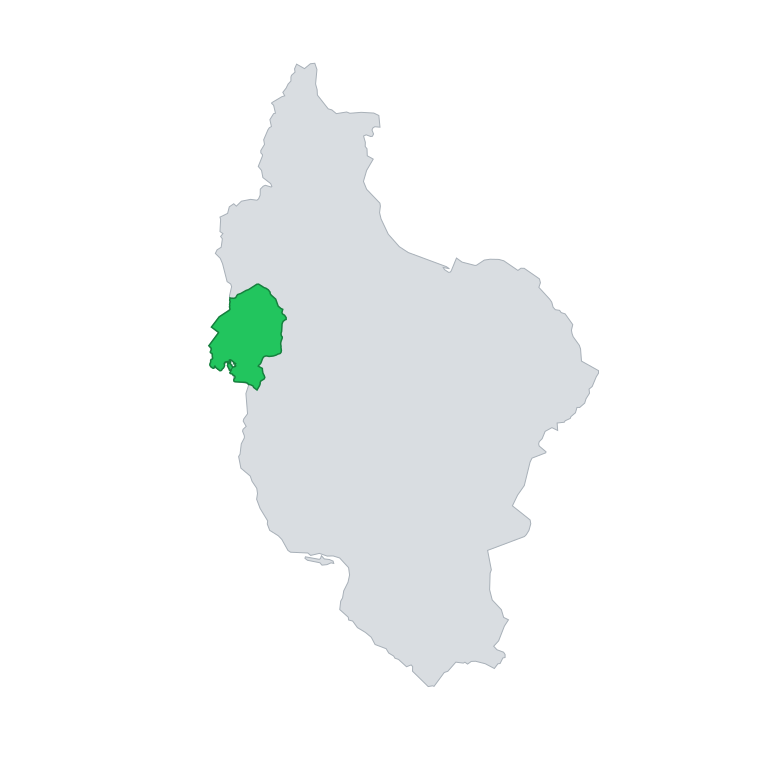 location of Khuzestan within Iran, rotated 36°
{"feature_id": "IRN-3219", "entity_name": "Khuzestan", "entity_type": "Province", "adm_level": 1, "iso_a3": "IRN", "parent_name": "Iran", "parent_adm1": "", "projection": "albers", "projection_center": [48.994, 31.501], "detail": "fine", "context": "in_parent", "style": "filled", "palette": "green", "viewbox_px": 768, "rotation_deg": 36, "n_neighbors": 0, "source": "natural_earth", "source_scale": "10m", "svg_char_len": 7265}
<svg xmlns="http://www.w3.org/2000/svg" viewBox="0 0 768 768"><g transform="rotate(36 384 384)"><path d="M368.6,239.5L375.5,239.5L387.9,234.6L389.0,233.6L392.3,224.8L396.5,220.7L403.7,215.7L408.5,213.9L425.6,213.4L426.7,209.9L429.4,208.0L448.0,207.6L451.0,210.1L452.5,214.8L468.3,218.0L471.6,219.2L475.7,222.5L478.9,223.2L482.8,221.2L485.3,222.1L489.3,220.8L501.8,225.0L504.0,230.3L506.4,232.6L509.3,234.6L519.3,237.9L522.4,240.1L530.3,249.4L549.7,247.1L551.2,249.2L551.5,253.5L553.9,263.6L552.9,267.6L555.7,270.7L556.1,277.1L557.6,281.5L556.1,288.0L553.9,289.5L555.8,294.8L554.4,300.4L554.9,302.4L552.2,307.2L552.3,309.0L547.0,313.8L551.8,319.5L545.5,320.6L542.2,327.6L544.1,335.3L543.5,339.4L544.3,341.6L546.1,343.0L554.9,343.6L555.3,344.6L547.3,357.0L548.1,361.4L557.2,383.7L557.4,395.4L559.5,407.1L582.1,408.1L584.9,410.8L587.3,417.2L587.7,422.2L587.3,424.8L565.6,457.7L580.1,471.3L581.0,474.6L590.4,488.4L598.5,495.1L611.6,497.6L618.0,502.5L623.3,501.6L623.7,509.1L627.7,524.4L626.9,531.7L631.6,532.6L638.4,530.7L641.0,531.7L642.7,534.1L641.2,535.8L642.2,541.9L640.6,543.4L640.5,549.3L630.3,550.8L621.0,554.5L617.7,557.1L616.2,561.5L613.0,561.5L612.2,563.2L605.6,566.8L604.5,578.9L602.3,582.0L602.2,599.2L600.7,599.6L597.6,602.8L575.9,599.6L573.3,595.8L571.1,595.3L568.4,599.5L557.6,598.3L554.0,599.4L551.7,598.4L546.0,598.9L541.3,596.9L529.9,600.0L522.6,596.4L514.9,595.9L505.7,596.7L498.0,594.2L494.1,595.7L492.2,593.7L480.8,592.5L476.6,585.1L476.2,581.4L473.0,575.0L471.4,565.5L468.4,558.7L463.3,553.4L450.4,550.8L443.9,553.0L439.2,556.6L431.3,559.0L425.4,565.8L421.7,565.5L407.3,575.0L404.1,575.1L392.7,569.8L387.7,568.9L377.6,569.6L371.9,565.9L370.3,563.1L356.9,557.5L348.7,552.1L346.0,546.9L342.4,543.2L334.5,540.3L329.9,537.1L317.7,536.2L309.0,528.1L308.8,525.4L303.7,516.3L302.7,509.7L301.5,508.0L297.3,505.3L296.6,503.5L297.4,499.3L291.9,496.8L291.1,494.8L291.1,488.3L277.9,472.9L275.1,464.3L272.8,464.0L261.3,469.7L257.9,466.5L247.8,461.0L246.4,459.0L248.9,457.9L251.4,458.9L252.9,457.7L252.3,455.9L249.8,454.7L246.4,454.8L247.3,456.6L244.1,458.2L243.4,460.4L244.1,466.8L242.8,468.7L237.4,469.7L234.1,471.7L231.1,469.4L230.2,464.7L228.3,461.7L225.5,460.5L223.4,457.5L219.9,456.0L219.9,439.7L211.1,439.2L211.2,426.8L215.3,414.5L207.1,403.3L203.5,394.8L201.2,393.2L196.9,393.4L182.7,381.6L177.7,378.6L170.8,377.5L170.1,373.5L171.9,369.1L168.8,363.2L167.8,361.5L165.1,360.7L165.3,357.0L161.7,357.1L155.1,346.9L153.2,345.4L157.2,337.9L154.7,331.6L156.5,326.5L160.0,326.9L161.2,319.9L167.6,313.0L173.2,310.0L173.7,307.9L172.8,304.0L169.4,299.1L170.0,295.0L171.2,293.0L176.9,291.0L177.2,290.1L174.6,288.5L164.7,288.2L159.4,283.2L154.4,281.9L151.7,271.2L150.9,269.9L148.5,269.4L147.1,267.5L146.5,260.4L143.1,257.1L140.7,246.6L140.6,244.1L141.6,241.9L136.3,237.2L135.8,230.2L137.0,228.7L130.9,223.4L128.1,223.0L127.9,222.2L132.5,211.6L134.3,209.2L130.7,207.5L130.9,202.2L130.1,197.7L130.6,193.6L128.3,190.4L127.7,188.6L128.7,184.0L126.4,181.6L125.3,176.6L134.3,175.6L136.2,168.2L139.5,165.2L144.9,169.0L152.3,181.5L156.9,185.2L160.3,189.4L177.1,194.2L180.7,192.9L186.5,193.3L193.9,185.9L197.3,185.0L205.9,177.6L216.5,170.8L222.0,169.8L229.8,178.6L225.3,181.3L224.5,183.5L225.0,185.6L228.6,187.9L229.0,190.4L227.8,191.6L223.1,192.9L221.7,195.4L226.8,199.4L229.2,202.9L232.0,203.7L236.3,209.2L243.1,208.4L244.4,221.4L248.3,232.2L255.5,236.7L274.4,240.1L276.5,242.2L279.7,248.0L284.6,252.2L299.4,260.3L315.6,263.9L326.3,263.4L365.5,252.4L369.2,252.3L363.4,254.9L365.7,255.9L370.7,255.7L371.8,254.6L371.9,253.0L368.6,239.5ZM446.3,559.8L444.0,563.7L440.3,567.0L437.2,566.3L425.7,571.6L422.5,571.5L422.0,570.0L434.7,563.9L435.2,562.5L434.3,559.7L438.5,560.6L443.0,558.1L446.9,557.2L448.8,558.7L446.3,559.8Z" fill="#d9dde1" stroke="#a8b0b8" stroke-width="1"/><path d="M225.4,460.6L225.1,460.6L224.8,460.4L224.6,460.2L224.5,459.9L224.3,458.5L224.0,457.8L223.7,457.2L223.2,456.7L222.7,456.5L219.8,456.0L219.8,455.1L220.0,440.1L219.9,439.7L219.6,439.5L210.9,439.4L211.1,431.9L211.2,426.5L215.4,415.6L215.5,414.9L215.5,414.2L215.1,413.6L214.1,412.8L213.6,412.4L213.6,412.1L213.4,411.6L213.3,411.3L213.1,411.1L212.6,410.8L212.4,410.5L211.5,408.8L211.4,408.3L211.1,407.7L210.2,407.2L209.8,406.8L209.2,405.4L208.8,404.8L209.6,404.6L212.3,402.8L213.3,401.3L213.0,399.3L213.0,397.7L214.9,395.0L217.4,389.4L218.9,387.3L222.5,378.0L223.9,376.9L230.4,376.5L232.2,375.9L235.0,375.8L237.7,376.6L239.0,377.9L240.7,378.4L246.5,379.0L252.6,383.2L256.2,383.5L258.2,383.1L259.4,386.2L260.9,387.0L263.1,386.8L265.8,387.8L266.9,389.3L266.3,390.1L265.6,392.5L265.7,393.4L266.2,395.3L270.2,401.5L271.0,403.6L271.7,404.5L272.3,404.9L272.7,405.4L274.0,405.7L274.4,406.2L274.8,407.0L275.5,409.6L276.3,411.5L277.2,412.7L278.5,413.9L279.0,414.8L281.3,417.2L282.1,418.9L282.0,420.4L280.6,422.2L279.7,424.1L277.9,426.5L274.8,429.3L272.7,430.2L271.8,430.9L271.2,431.8L270.7,432.9L270.8,434.7L272.0,439.1L272.1,440.3L272.0,440.8L271.9,441.7L271.6,442.7L271.8,443.5L276.4,442.9L277.5,444.2L279.6,446.3L282.1,447.6L283.7,448.7L284.1,450.3L282.6,454.0L282.9,455.6L283.7,456.6L284.3,458.6L284.8,463.5L280.6,463.4L279.1,462.6L276.3,463.1L274.6,464.0L273.9,463.7L272.9,463.6L271.9,463.8L270.9,464.1L262.5,469.6L261.5,470.0L260.7,469.8L259.9,468.7L259.8,468.2L259.8,466.8L259.6,466.3L259.4,466.0L259.3,465.8L259.2,465.7L258.9,465.5L258.7,465.4L258.4,465.4L257.8,465.3L257.5,465.4L257.0,465.5L256.6,465.5L256.3,465.5L255.9,465.2L255.7,465.1L255.2,465.2L254.2,465.6L253.6,465.8L252.9,465.7L252.6,465.4L252.7,464.2L252.2,463.8L252.1,463.6L252.1,463.0L252.2,462.7L252.3,462.5L252.2,462.4L251.9,462.1L251.8,462.7L251.5,463.2L251.1,463.6L250.6,463.6L250.2,463.3L249.9,462.9L249.6,462.6L249.2,462.6L248.5,462.3L246.8,461.3L246.4,461.0L246.2,460.0L245.7,459.3L245.0,459.0L244.2,458.7L244.5,458.2L244.9,458.1L246.0,458.3L246.6,458.3L247.5,458.0L248.0,457.9L248.5,458.0L249.6,458.6L250.0,458.7L250.6,458.8L251.0,459.0L251.4,459.3L251.8,459.8L251.9,459.4L252.4,458.5L253.2,457.5L253.4,457.1L253.4,456.6L252.8,456.7L252.4,456.4L252.2,456.0L252.0,454.8L251.6,455.0L251.2,455.4L250.8,455.7L250.9,455.3L250.9,455.2L251.0,455.1L250.8,454.7L250.5,454.8L250.3,455.0L249.9,455.1L249.7,455.0L249.4,454.6L249.1,454.5L248.8,454.6L248.7,454.7L248.2,454.6L247.7,454.5L247.2,454.4L246.8,454.7L245.8,454.5L245.0,455.0L244.8,455.7L245.6,456.0L246.4,456.1L247.1,456.6L247.3,457.1L246.8,457.7L246.3,457.7L244.9,457.5L244.5,457.6L243.1,458.9L243.0,459.1L242.7,459.4L242.6,459.8L242.9,460.1L242.8,460.3L242.6,460.6L242.7,461.4L243.2,461.9L243.7,462.3L244.2,462.8L244.4,463.4L244.6,464.1L244.7,465.5L244.7,465.8L244.4,466.5L244.4,466.8L244.4,467.2L244.5,467.8L244.5,468.1L244.4,468.7L244.0,469.3L243.5,469.7L243.0,469.8L241.1,469.6L240.7,469.8L240.2,469.6L238.3,469.6L237.1,469.0L236.7,468.9L236.6,469.4L236.7,469.8L237.1,470.4L237.2,470.8L237.1,471.1L236.9,471.4L236.6,471.6L236.4,471.7L235.8,471.9L233.8,471.7L233.7,471.7L233.6,471.8L233.5,471.7L232.6,471.4L232.2,471.2L231.8,470.9L231.7,470.7L231.3,469.9L231.3,469.5L230.8,468.0L230.7,467.9L230.5,467.6L230.0,467.0L229.7,466.2L229.7,465.7L229.9,465.4L230.2,465.2L230.4,464.9L230.4,464.6L230.4,464.3L230.2,463.9L230.1,463.7L229.0,462.7L228.2,461.7L227.6,460.8L227.4,460.6L227.1,460.5L226.7,460.4L225.7,460.6L225.4,460.6Z" fill="#22c55e" stroke="#15803d" stroke-width="1.5"/></g></svg>